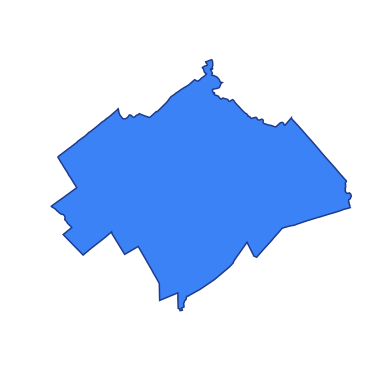 outline of Stolnici, Arges, Romania, rotated 141°
{"feature_id": "2599482B48511043053031", "entity_name": "Stolnici", "entity_type": "district", "adm_level": 2, "iso_a3": "ROU", "parent_name": "Romania", "parent_adm1": "Arges", "projection": "albers", "projection_center": [24.745, 44.58], "detail": "fine", "context": "isolated", "style": "filled", "palette": "blue", "viewbox_px": 384, "rotation_deg": 141, "n_neighbors": 0, "source": "geoboundaries", "source_scale": "gbopen_adm2", "svg_char_len": 5802}
<svg xmlns="http://www.w3.org/2000/svg" viewBox="0 0 384 384"><g transform="rotate(141 192 192)"><path d="M310.5,269.2L309.0,265.1L308.8,262.5L308.4,260.7L308.3,259.6L308.0,258.4L307.6,257.1L306.7,256.2L306.3,255.6L306.2,255.1L306.1,254.1L306.2,253.4L306.4,252.7L306.7,252.1L307.1,251.6L308.0,251.0L308.2,250.8L308.3,250.4L308.1,248.8L308.1,247.7L308.4,246.0L308.1,243.1L308.0,242.8L307.9,242.2L307.8,240.1L318.9,240.0L316.3,211.5L306.0,211.7L294.3,211.5L287.9,211.4L281.4,211.6L279.6,211.6L280.4,210.0L283.6,185.9L268.1,183.5L270.1,170.6L270.9,166.0L271.6,161.3L272.5,155.8L273.0,153.4L273.7,148.6L274.8,142.5L275.0,141.7L275.5,140.8L284.1,129.8L285.0,128.5L285.4,128.1L266.5,122.5L267.3,121.4L269.8,118.4L275.6,110.7L275.9,110.4L276.0,110.1L275.8,109.7L274.9,108.8L276.0,107.4L275.8,107.2L273.9,106.2L273.1,108.2L270.5,107.7L268.6,110.6L266.2,112.0L264.1,112.3L263.1,113.3L261.4,114.2L260.0,113.3L259.7,113.5L247.3,111.3L229.7,109.8L209.9,110.2L204.4,111.0L203.7,111.7L200.7,112.7L180.9,118.3L184.2,103.2L182.8,100.6L173.1,102.3L160.2,104.3L158.3,104.7L158.1,104.8L156.1,105.1L149.9,106.1L145.0,107.1L142.7,106.3L138.7,104.6L136.4,103.5L133.2,101.7L131.9,101.4L121.1,97.4L109.6,92.8L108.8,92.3L99.7,88.7L92.9,85.8L88.7,84.2L84.1,82.7L83.0,82.0L78.9,80.3L78.9,80.7L78.8,81.1L78.6,81.3L78.3,81.5L77.9,82.0L77.8,82.4L77.7,83.0L77.4,83.4L77.3,84.1L76.7,84.7L76.5,85.0L76.4,85.3L76.5,85.9L76.3,86.2L75.9,86.5L75.6,86.7L75.1,87.3L74.8,87.5L74.4,87.5L73.8,87.1L73.1,87.3L72.7,87.6L72.3,87.7L71.9,88.0L71.2,88.2L70.9,88.5L70.7,88.8L70.2,89.9L70.0,90.6L70.1,91.2L70.2,91.6L70.2,92.2L70.4,92.3L70.7,92.3L70.9,92.3L71.5,92.8L71.5,93.0L72.0,93.2L72.4,93.4L72.6,93.8L72.7,94.2L72.7,94.6L72.4,95.2L72.6,95.7L72.5,96.1L72.1,96.5L71.9,97.0L71.3,97.2L71.2,97.3L71.1,97.9L70.8,98.5L69.9,98.7L69.5,99.1L69.1,99.7L68.8,99.9L68.7,100.4L68.5,100.8L68.3,100.9L67.9,101.1L67.8,101.5L67.6,101.9L67.3,102.4L66.4,102.8L65.7,102.9L65.5,103.0L65.4,103.2L65.1,103.4L65.1,103.7L65.1,104.4L65.1,104.8L65.2,105.8L65.3,106.8L65.3,110.0L65.4,110.6L65.5,111.0L65.7,121.4L65.9,125.0L66.3,133.6L66.6,141.9L66.6,145.2L66.9,155.4L67.3,163.9L67.5,169.6L67.8,176.4L68.3,183.7L68.4,186.9L68.2,187.1L77.6,185.4L77.9,185.5L78.0,185.6L78.1,185.8L78.2,186.0L78.1,186.3L77.7,187.6L77.7,188.3L77.8,188.9L78.1,189.3L79.1,189.9L79.4,190.1L80.2,190.2L80.5,190.2L81.4,190.1L83.8,190.0L84.9,189.8L85.5,189.8L86.1,190.1L86.7,190.9L87.4,191.8L87.7,192.3L88.1,193.1L88.3,193.4L88.8,194.2L89.3,194.8L90.1,195.6L90.5,196.0L90.7,196.5L91.2,197.1L91.3,197.6L91.8,198.1L92.1,198.5L92.7,199.6L92.9,200.0L93.2,200.6L93.1,201.1L92.4,202.0L91.7,202.7L91.5,203.0L91.5,203.6L91.6,203.9L91.7,204.3L91.9,204.6L92.4,205.0L92.9,205.1L93.8,205.2L94.1,205.3L94.5,205.8L95.0,206.2L95.2,206.5L95.3,206.8L95.4,207.4L95.0,209.0L95.0,209.3L95.2,209.6L95.9,210.2L96.5,210.5L97.4,210.9L98.0,211.1L99.3,211.7L99.5,211.9L99.7,212.1L99.7,213.9L100.0,214.8L100.2,215.0L100.7,215.3L100.8,215.4L100.8,215.6L100.5,215.8L100.4,215.9L100.4,216.5L100.3,216.9L100.4,217.4L100.4,218.4L100.5,218.8L100.7,219.3L101.0,219.7L101.1,220.0L101.4,223.4L101.6,224.3L101.6,224.9L101.7,226.3L101.8,228.9L102.0,230.0L102.2,234.1L102.2,235.5L102.0,236.2L102.1,236.9L102.2,237.9L102.2,238.1L102.4,238.3L102.7,238.4L105.5,238.7L105.9,238.8L106.2,239.1L106.2,239.4L106.1,240.5L106.0,241.2L106.2,241.8L106.5,242.3L107.8,243.9L108.7,245.5L109.1,245.7L109.9,245.7L110.6,245.8L110.8,245.9L111.1,246.1L111.2,246.5L111.3,247.7L111.3,249.4L111.3,249.9L111.5,250.3L111.7,250.8L112.2,251.6L113.1,253.0L113.3,253.4L113.4,253.7L113.4,253.8L113.1,254.2L112.9,254.4L112.2,254.6L112.1,254.8L112.1,255.0L113.0,255.6L113.0,255.8L113.0,256.0L112.8,256.6L112.1,258.2L111.8,258.5L111.6,258.7L111.2,258.7L110.7,258.5L109.7,258.0L108.8,257.6L107.9,257.0L106.6,256.4L105.3,256.0L104.8,256.1L104.1,256.4L101.4,257.9L100.8,258.0L99.6,258.0L100.9,259.7L100.3,261.4L100.1,262.5L100.1,263.1L100.1,263.7L100.3,265.4L100.3,265.8L101.2,267.5L101.4,268.1L101.7,268.7L102.1,269.1L103.0,269.9L103.1,270.2L103.0,270.3L102.8,270.5L101.6,271.4L101.3,271.7L101.2,272.7L100.8,273.8L100.6,274.5L100.6,275.4L100.4,275.8L100.1,275.9L99.7,275.8L99.5,275.5L99.1,274.8L98.8,274.6L98.5,274.7L98.3,274.9L98.0,275.8L97.9,276.0L97.7,276.2L96.0,277.5L95.0,278.9L94.1,280.2L93.8,280.7L93.4,281.8L93.4,282.2L93.6,282.5L95.1,283.1L97.5,283.8L98.9,284.3L99.2,284.5L99.5,284.6L99.6,284.3L99.8,282.8L99.8,282.2L99.7,281.7L99.7,281.4L99.9,281.2L100.5,281.0L101.0,281.0L102.4,281.7L103.0,281.9L105.5,282.3L105.7,282.1L105.8,282.0L105.6,280.8L105.6,280.5L106.0,279.5L106.7,278.1L106.9,277.4L106.9,276.4L106.7,275.7L106.4,274.9L106.4,274.6L106.7,274.5L109.0,274.3L110.5,274.3L113.1,274.6L114.8,274.3L117.5,274.3L117.8,274.5L119.3,277.6L123.3,277.5L126.0,277.3L128.4,277.4L131.9,278.0L136.0,278.5L140.1,278.7L142.1,279.0L144.2,278.9L148.1,279.3L149.3,279.1L154.9,277.7L157.3,277.4L159.7,277.2L163.4,276.8L168.8,276.3L169.2,277.0L177.9,276.5L179.5,278.8L181.3,281.7L183.7,286.1L186.0,286.0L186.6,286.5L187.3,286.6L188.1,286.5L188.7,286.4L189.4,286.4L190.0,286.6L190.4,287.0L190.7,287.5L190.9,288.3L191.0,289.5L191.3,290.4L192.0,291.1L192.3,291.3L194.4,290.7L195.2,290.5L196.0,290.5L196.8,290.6L197.6,290.9L199.1,291.8L199.5,292.2L199.6,292.7L199.6,297.0L199.1,298.7L198.7,299.9L197.3,302.3L197.0,303.2L197.8,303.1L198.5,302.9L207.8,302.6L210.1,302.6L211.2,302.7L211.8,302.8L213.8,302.8L214.9,302.6L217.9,303.0L225.1,302.8L232.8,302.9L234.5,303.2L238.4,302.9L238.9,302.8L241.9,302.9L243.0,303.0L246.5,303.2L249.1,303.3L249.6,303.0L268.8,303.6L270.1,303.6L270.4,303.7L273.9,303.7L274.1,303.6L274.3,303.3L274.4,303.0L274.7,300.5L275.2,297.6L275.3,295.9L275.9,291.7L276.5,286.2L276.7,284.7L277.2,282.6L277.3,280.1L278.0,274.9L278.7,268.7L278.6,268.2L279.4,267.9L295.0,268.6L300.7,269.0L310.3,269.5L310.5,269.2Z" fill="#3b82f6" stroke="#1e3a8a" stroke-width="1.5"/></g></svg>